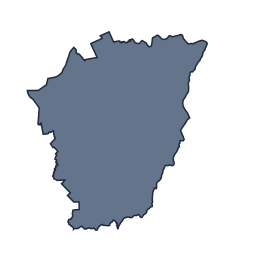 the district of Upper Hutt City, Wellington, New Zealand, rotated 350°
{"feature_id": "76426892B70069822471948", "entity_name": "Upper Hutt City", "entity_type": "district", "adm_level": 2, "iso_a3": "NZL", "parent_name": "New Zealand", "parent_adm1": "Wellington", "projection": "orthographic", "projection_center": [175.164, -41.088], "detail": "fine", "context": "isolated", "style": "filled", "palette": "slate", "viewbox_px": 256, "rotation_deg": 350, "n_neighbors": 0, "source": "geoboundaries", "source_scale": "gbopen_adm2", "svg_char_len": 5695}
<svg xmlns="http://www.w3.org/2000/svg" viewBox="0 0 256 256"><g transform="rotate(350 128 128)"><path d="M196.6,45.2L195.1,45.1L193.6,45.8L191.9,45.5L188.5,45.9L186.9,45.5L185.5,44.5L184.7,44.2L182.0,46.6L180.5,46.9L179.1,47.0L178.0,46.8L177.0,46.3L176.6,45.8L174.3,42.6L173.6,41.9L172.6,41.7L170.0,43.0L168.5,43.1L167.9,43.5L167.5,44.3L166.8,47.0L165.4,50.9L164.7,51.6L163.1,51.6L162.5,51.4L162.2,51.0L161.9,50.2L161.2,49.3L161.3,49.0L160.4,47.1L160.2,46.8L159.7,46.8L158.2,45.2L156.9,44.3L155.4,45.5L154.3,46.6L152.5,46.6L152.0,46.3L151.1,46.0L149.8,45.3L149.6,44.4L148.1,41.4L147.6,41.4L147.5,41.1L146.4,41.4L146.2,41.7L145.3,41.4L144.8,41.5L145.3,42.8L145.0,43.0L143.8,42.4L143.6,42.7L143.1,42.7L143.0,43.3L142.7,43.5L141.5,43.6L141.0,43.7L140.8,43.4L140.1,43.3L139.7,42.6L139.1,42.2L138.2,42.2L137.9,42.6L137.5,42.7L137.1,42.5L137.0,42.1L136.7,42.1L136.5,42.6L136.3,42.4L135.7,42.6L135.1,41.9L135.0,41.6L135.0,41.2L134.5,41.2L134.4,41.0L134.5,40.8L134.4,40.7L129.8,40.7L129.5,41.0L129.3,40.8L128.8,40.8L126.0,30.0L116.6,32.4L116.7,32.7L117.8,33.9L118.1,35.3L106.0,38.4L109.8,53.2L97.1,53.2L97.0,53.5L97.4,53.9L97.2,54.1L96.7,54.0L96.6,53.2L95.4,51.7L95.4,51.0L94.8,50.7L94.9,50.4L93.1,47.3L92.8,46.9L92.5,46.8L92.0,46.4L91.6,46.4L90.8,46.1L90.6,45.7L90.6,45.2L89.9,44.8L90.6,42.1L88.6,39.2L85.4,41.8L84.0,43.3L83.4,44.4L81.8,47.6L80.4,49.8L78.0,54.6L76.8,56.3L74.5,58.6L73.4,60.6L72.8,61.5L71.0,63.0L68.1,64.5L65.8,65.2L60.1,65.4L57.8,65.3L55.1,71.3L46.2,75.4L35.4,73.6L35.3,75.1L35.5,76.7L36.3,79.3L37.5,81.3L39.3,83.0L44.1,92.8L40.0,108.6L40.3,109.0L41.1,109.3L40.9,108.7L41.4,108.8L41.5,109.4L42.1,109.6L42.0,109.3L42.1,109.2L42.4,109.4L42.7,108.4L43.2,108.1L43.3,108.6L43.4,119.3L45.4,119.7L48.2,119.7L48.7,119.4L49.0,118.6L49.8,118.3L50.1,118.4L50.6,118.9L51.5,118.7L53.4,117.9L53.9,117.9L53.9,123.1L54.1,123.6L54.0,124.2L54.4,124.4L54.2,124.8L54.2,125.3L54.5,125.8L48.9,130.0L50.8,134.3L51.8,134.2L53.5,136.5L54.8,138.9L52.2,140.8L53.2,142.2L52.5,142.8L50.9,145.3L50.8,145.7L50.7,146.2L52.0,146.9L51.8,148.8L51.3,148.8L51.5,149.2L51.2,149.5L51.5,149.9L51.3,150.1L51.3,150.7L51.8,150.6L51.8,150.9L51.6,151.0L52.1,151.3L51.8,151.7L51.7,152.2L51.7,152.5L51.9,152.5L51.6,152.8L51.5,153.1L51.1,152.9L50.7,153.1L50.4,152.9L50.2,153.4L50.3,153.5L49.8,154.1L49.8,154.3L50.0,154.4L49.8,154.9L49.0,155.3L48.8,155.2L48.5,155.5L48.4,156.2L48.8,155.9L49.3,156.0L49.0,157.1L48.3,157.3L48.3,157.6L47.4,158.3L47.5,158.7L47.3,158.9L47.3,159.1L47.6,159.3L47.6,159.6L46.9,159.8L47.0,160.0L46.8,160.5L46.6,160.6L46.6,161.1L46.3,161.3L46.4,161.5L45.8,161.8L45.4,162.3L46.2,163.6L46.3,164.5L46.2,165.1L46.9,165.4L49.1,167.3L56.7,168.2L55.1,169.8L52.8,171.3L53.4,172.2L53.7,172.0L54.2,173.1L54.2,173.4L59.9,181.8L56.7,184.0L61.8,191.5L66.9,192.2L65.8,199.8L59.6,199.3L58.3,202.7L58.3,204.5L57.8,206.1L56.5,207.1L56.5,207.6L53.6,208.0L52.5,210.2L53.1,211.0L53.1,212.5L53.2,212.8L54.0,213.2L54.4,213.7L54.6,214.5L55.9,215.3L56.3,215.9L56.7,216.7L57.0,217.5L56.9,217.9L57.1,217.7L57.8,218.0L59.1,217.9L60.7,218.3L61.3,218.2L62.7,217.7L63.4,217.2L64.8,216.8L65.5,216.8L65.9,217.7L67.1,218.9L67.5,219.7L67.9,220.1L69.1,219.7L69.5,220.1L72.6,219.5L73.9,220.7L75.7,220.9L76.5,220.6L76.9,220.7L77.3,220.8L78.3,222.8L79.7,223.2L80.0,223.0L80.5,222.1L80.8,222.0L80.9,221.6L82.9,219.4L83.6,219.4L84.8,218.7L86.0,218.5L86.6,219.5L92.0,220.9L92.5,220.6L93.2,220.6L93.3,219.6L93.9,218.6L94.6,218.5L95.2,217.9L96.5,217.6L96.5,217.2L97.3,216.2L98.0,216.2L99.1,217.4L99.5,218.4L99.8,218.5L100.0,219.8L100.6,220.2L100.9,220.1L100.9,220.5L100.6,221.4L100.0,221.7L99.8,222.0L100.5,222.6L100.4,223.5L100.1,223.8L100.1,224.3L100.8,226.0L100.8,225.4L101.4,223.8L101.9,223.0L103.9,220.6L106.5,218.2L108.1,216.2L111.6,215.6L112.8,215.5L114.6,216.6L115.9,216.9L116.5,216.8L118.6,215.3L119.4,215.2L120.5,215.6L121.1,215.7L122.2,215.4L123.0,215.1L123.4,215.1L123.8,215.3L124.3,216.9L125.2,218.4L126.0,218.4L126.8,218.0L127.4,217.1L128.6,216.1L130.5,215.4L131.5,214.3L132.7,212.1L133.4,211.5L135.0,211.0L136.1,209.9L137.0,209.6L137.9,209.7L138.2,209.5L138.4,208.8L138.5,206.6L138.6,206.1L139.2,205.5L139.4,205.0L139.4,203.7L139.7,201.9L140.4,198.7L141.4,195.5L142.9,192.9L143.7,191.7L144.3,191.9L145.1,192.7L145.5,192.5L145.9,191.3L146.4,187.9L147.1,186.6L147.7,186.1L149.8,185.3L151.8,183.4L152.3,182.3L152.6,180.9L154.4,178.1L155.0,175.9L156.3,174.5L156.9,173.1L158.0,171.8L158.5,171.5L159.1,171.5L160.7,172.0L161.7,171.8L162.5,171.9L163.4,171.7L164.5,172.7L165.1,172.8L166.4,172.3L166.9,171.8L167.2,171.2L167.4,170.2L167.3,168.9L167.1,168.0L167.1,166.9L167.4,165.5L167.7,164.6L169.0,162.6L172.4,159.1L173.9,156.4L175.3,155.5L175.3,152.9L176.2,152.3L177.2,149.5L180.0,150.2L181.3,149.0L181.4,148.5L180.9,147.5L180.9,145.8L180.7,145.6L180.6,144.9L180.4,144.7L180.1,143.9L180.2,143.0L179.3,139.7L179.7,138.9L185.7,132.8L188.2,130.0L190.5,128.8L189.2,123.7L188.7,122.4L187.5,120.4L186.2,116.4L186.1,115.5L186.2,112.9L186.8,111.1L187.8,109.5L189.8,107.4L191.0,105.7L193.1,103.5L193.7,102.6L194.2,101.3L194.8,98.5L195.0,95.7L195.3,94.0L195.8,93.0L196.5,92.3L196.8,91.8L196.9,90.6L196.8,89.2L197.0,88.6L198.2,86.7L198.5,84.7L198.9,84.2L199.8,83.7L200.2,83.6L201.1,84.0L201.4,83.9L202.1,83.2L203.6,82.3L204.0,81.9L204.4,81.4L204.8,79.9L206.4,77.7L207.2,77.0L208.9,74.9L210.3,74.3L211.3,72.5L213.6,70.1L214.2,68.9L214.4,67.8L214.8,66.8L217.1,64.6L218.4,62.2L219.4,60.9L220.7,58.6L220.6,58.1L219.9,56.8L217.0,54.8L215.7,54.4L214.7,54.8L214.1,54.6L211.0,55.2L208.9,55.9L207.7,55.8L207.2,56.4L206.6,56.5L206.0,56.4L205.6,55.9L205.1,55.7L202.1,55.8L201.7,55.4L201.5,54.7L200.7,54.2L200.1,53.0L199.5,52.1L198.9,50.7L198.1,49.6L197.8,48.8L198.0,47.8L197.7,47.1L197.8,46.2L196.6,45.2Z" fill="#64748b" stroke="#1e293b" stroke-width="1.5"/></g></svg>